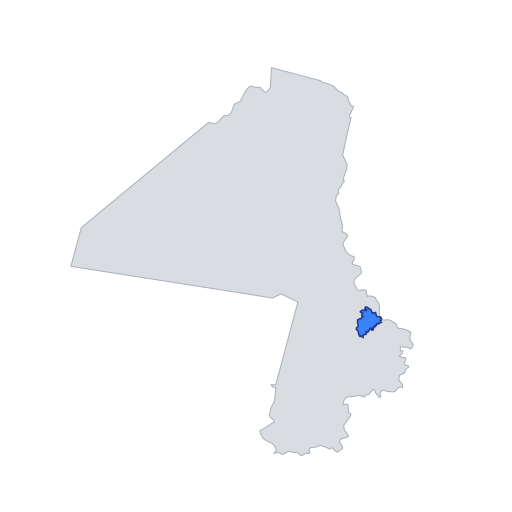 Koutiala, Sikasso, Mali shown in context, rotated 285°
{"feature_id": "8926073B20399394700191", "entity_name": "Koutiala", "entity_type": "district", "adm_level": 2, "iso_a3": "MLI", "parent_name": "Mali", "parent_adm1": "Sikasso", "projection": "mercator", "projection_center": [-5.625, 12.308], "detail": "fine", "context": "in_parent", "style": "filled", "palette": "blue", "viewbox_px": 512, "rotation_deg": 285, "n_neighbors": 0, "source": "geoboundaries", "source_scale": "gbopen_adm2", "svg_char_len": 7294}
<svg xmlns="http://www.w3.org/2000/svg" viewBox="0 0 512 512"><g transform="rotate(285 256 256)"><path d="M90.0,380.1L90.2,378.4L88.7,377.2L88.7,376.6L89.5,371.6L89.4,370.3L90.0,367.7L89.0,366.6L88.8,365.7L86.4,362.4L85.7,359.7L84.5,357.8L81.7,357.3L80.7,358.8L80.1,359.1L79.0,358.0L78.6,357.0L78.7,356.1L75.1,351.7L75.3,349.4L76.6,348.1L77.2,346.1L75.8,343.8L76.0,341.5L75.8,338.4L73.7,335.7L72.3,334.5L71.1,332.6L72.1,328.1L70.0,324.4L73.9,325.9L75.8,324.5L77.6,322.6L79.1,320.1L79.8,316.9L80.1,314.2L81.7,310.0L83.6,308.0L87.5,305.1L88.6,305.3L95.0,311.6L98.6,314.7L100.0,316.4L101.2,316.4L103.0,313.4L104.8,310.7L105.6,310.1L112.1,309.7L115.4,310.2L118.4,311.0L122.7,311.2L133.8,309.2L133.9,308.0L133.8,306.5L134.3,305.4L135.2,304.3L136.0,304.1L136.3,307.7L137.3,308.2L139.9,308.4L222.4,308.4L225.9,289.9L219.8,283.2L198.1,79.9L238.0,79.9L244.9,84.7L372.4,175.3L373.1,178.2L372.9,182.1L373.9,183.3L375.7,184.6L382.9,188.4L383.5,189.2L383.8,190.8L384.6,192.7L386.1,193.8L387.9,194.7L390.1,195.2L396.6,195.8L398.0,196.7L400.8,200.3L402.4,200.9L411.2,202.8L414.1,203.8L417.2,205.4L418.8,206.8L418.8,212.3L420.0,215.9L420.0,216.8L418.6,218.2L418.2,219.3L416.6,222.1L416.9,223.2L420.0,225.4L421.5,226.0L423.3,226.0L441.9,222.3L442.0,273.2L441.3,273.9L440.9,282.9L439.5,288.2L437.1,292.0L435.6,297.8L434.7,299.0L434.0,302.3L432.6,304.2L430.2,305.0L426.0,308.7L425.6,311.6L415.6,310.0L414.9,310.0L414.5,310.4L414.3,312.0L388.5,312.9L375.9,313.6L368.0,320.4L362.8,321.0L356.4,320.4L353.1,320.4L351.8,320.8L351.5,322.0L341.3,318.6L337.5,319.7L336.9,319.3L336.4,318.6L334.5,318.1L331.6,318.3L329.5,318.8L323.0,324.2L319.5,325.5L313.0,328.7L308.4,331.4L306.8,331.9L304.3,332.0L302.2,332.6L300.3,338.7L299.0,339.3L291.3,336.8L289.7,337.2L288.4,337.9L284.0,341.5L281.9,344.4L280.7,348.2L280.9,350.7L280.2,351.4L278.2,351.6L274.6,350.8L273.4,351.1L273.0,353.0L273.0,357.1L272.2,359.9L270.1,360.7L268.5,361.8L267.2,362.2L266.1,361.9L259.8,357.7L257.7,357.1L255.4,357.5L253.1,359.3L249.1,363.6L249.5,365.2L250.6,367.0L251.4,369.2L251.4,371.2L245.7,374.0L247.0,376.1L246.9,381.7L244.2,384.2L243.3,385.9L240.8,387.7L238.5,388.7L231.6,390.2L228.8,392.0L227.5,393.4L227.2,395.0L227.4,396.8L228.8,400.5L228.3,403.8L227.2,407.7L226.2,409.5L222.9,411.5L223.4,414.0L223.7,417.7L223.2,422.4L222.2,425.6L221.4,425.3L218.3,425.5L215.0,426.5L213.8,427.2L213.5,428.3L210.7,430.9L208.8,430.7L207.0,430.1L206.1,429.4L206.0,429.0L207.1,426.9L207.2,426.2L206.1,422.6L206.3,421.7L205.8,418.9L205.6,418.8L201.9,420.0L201.7,420.5L202.3,422.3L201.9,422.6L200.6,422.5L198.7,421.9L196.7,420.3L196.2,420.9L196.0,422.1L195.9,423.6L196.4,426.4L195.8,427.4L192.7,427.2L190.0,427.5L189.4,428.5L189.1,429.6L189.7,430.8L189.6,431.3L188.5,432.1L188.0,432.1L186.6,430.7L180.7,429.4L180.3,427.6L179.6,427.6L177.7,425.3L176.9,425.4L176.3,425.7L174.0,425.6L172.1,427.5L170.6,430.0L169.0,431.1L166.6,431.7L167.0,430.1L166.2,428.0L161.2,425.3L160.4,424.2L159.1,418.2L159.2,416.4L159.5,414.8L159.4,413.6L158.8,412.7L157.3,411.8L155.7,411.3L153.7,412.5L152.7,412.8L151.8,412.7L151.4,412.2L151.4,411.6L153.6,408.4L154.7,407.0L156.8,405.5L157.4,404.7L157.4,404.0L157.2,403.6L155.8,403.0L153.6,401.5L152.4,401.3L151.4,400.6L150.4,398.3L149.9,397.8L148.8,397.6L147.9,397.0L148.0,391.2L145.8,387.0L143.9,381.5L142.9,380.2L141.2,379.1L139.0,378.3L137.1,378.2L135.0,378.8L135.0,379.3L136.2,381.0L136.4,382.0L136.2,382.9L135.8,383.6L132.9,384.2L129.0,386.2L127.8,388.5L126.9,388.8L125.4,388.5L115.1,384.6L110.8,386.3L108.1,389.7L107.4,390.8L106.1,391.8L105.4,391.8L104.6,391.1L101.6,386.0L100.3,384.7L98.7,384.7L97.3,385.5L95.9,387.3L94.1,388.9L92.9,389.4L91.9,389.1L87.7,385.6L87.5,384.9L89.4,380.8L90.0,380.1Z" fill="#d9dde1" stroke="#a8b0b8" stroke-width="1"/><path d="M212.3,384.1L212.5,384.0L212.7,384.3L212.8,384.3L212.9,384.2L213.0,384.0L213.3,384.2L213.5,384.0L213.8,384.2L213.8,384.3L213.7,384.5L213.9,384.7L214.1,384.7L214.3,384.8L214.5,384.9L214.9,385.0L215.0,385.0L215.1,384.9L215.3,385.0L215.5,385.0L215.8,385.3L216.0,385.5L215.9,385.6L216.1,385.6L216.3,385.6L216.2,386.0L216.1,385.9L215.7,386.0L215.6,386.4L215.4,386.4L215.3,386.5L215.5,386.7L215.5,386.8L215.4,386.8L215.2,386.8L215.1,386.6L214.8,386.6L214.5,386.8L214.4,387.0L214.5,387.3L214.4,387.4L214.5,387.5L214.9,387.8L215.0,388.0L214.9,388.2L215.2,388.4L215.7,388.2L216.0,388.3L216.2,388.2L216.4,388.2L216.5,388.2L216.9,388.2L217.1,388.2L217.5,388.3L217.6,388.2L217.9,387.9L218.1,387.9L218.0,388.1L218.1,388.4L218.2,388.6L218.3,388.9L218.3,389.1L218.6,389.0L218.9,388.9L219.0,389.0L219.1,389.3L219.2,389.5L219.5,389.7L219.5,389.4L219.6,389.2L219.8,389.3L220.0,389.6L220.0,389.8L219.9,389.9L219.8,390.0L219.7,390.0L219.8,390.1L220.0,390.1L220.3,390.0L220.5,390.1L220.5,389.8L220.5,389.7L221.1,389.9L221.1,390.0L221.4,390.1L221.5,390.1L221.6,390.3L222.1,390.6L222.2,390.8L222.0,391.0L222.3,391.1L222.5,391.2L222.6,391.4L222.6,391.6L222.4,391.8L222.5,392.0L222.4,392.0L222.4,392.3L222.6,392.3L222.6,392.2L222.8,392.2L223.0,392.3L223.1,392.5L223.3,392.8L223.7,392.9L223.8,392.9L223.9,393.0L223.9,393.3L224.0,393.6L224.0,393.8L224.1,394.0L224.2,393.8L224.3,393.7L224.7,393.5L224.9,393.5L225.1,393.4L225.3,393.3L225.4,393.2L225.4,393.3L225.5,393.4L225.7,393.5L225.8,393.5L226.0,393.7L226.3,393.6L226.6,393.3L226.7,393.2L226.8,393.1L226.7,393.2L226.8,393.3L227.0,393.3L227.3,393.2L227.5,393.0L227.7,393.3L227.8,393.3L228.0,393.3L228.3,393.3L228.4,393.2L228.5,393.1L228.4,392.9L228.5,392.9L228.5,392.7L228.8,392.6L229.0,392.5L229.1,392.4L229.3,392.2L229.2,391.9L229.0,388.7L229.5,387.6L230.2,387.4L231.7,386.5L232.4,386.1L232.1,385.5L231.7,385.1L231.5,384.4L230.8,384.2L231.1,383.7L231.4,383.1L231.5,382.6L232.6,381.9L233.6,381.2L234.1,380.5L234.1,379.8L235.2,377.0L235.3,375.8L235.0,374.9L233.3,374.9L233.1,374.9L232.9,375.0L232.9,375.3L233.0,376.1L232.8,376.6L232.4,376.8L232.0,376.9L231.8,376.7L231.7,376.3L231.7,375.6L231.5,375.0L231.4,374.3L231.5,374.2L231.5,373.9L231.4,373.7L231.4,373.4L231.3,373.0L231.2,372.8L231.0,372.5L230.7,372.2L230.3,372.0L230.2,371.9L230.1,371.6L229.7,371.5L229.6,371.3L229.4,371.2L229.1,371.2L228.9,371.3L228.9,371.5L228.7,371.8L228.6,372.1L228.4,372.3L228.3,372.7L228.3,372.9L228.4,373.0L228.5,373.2L228.3,373.5L228.2,373.7L228.2,373.8L225.9,373.4L225.4,375.0L225.3,374.9L225.3,374.7L224.4,374.6L224.1,374.0L223.5,373.9L222.9,373.9L222.5,373.4L222.3,372.5L221.9,372.0L221.2,371.6L220.8,370.8L220.2,370.7L218.4,371.2L217.4,371.5L217.2,371.5L216.4,372.2L215.2,372.7L213.9,372.6L213.1,372.3L212.9,371.8L212.1,371.7L211.1,371.9L210.3,373.6L210.0,374.0L206.7,375.6L205.6,376.8L205.7,377.1L205.9,377.2L206.0,377.4L205.8,377.6L205.9,377.8L205.7,378.1L205.4,377.9L205.5,378.3L205.4,378.6L205.5,378.7L205.9,379.1L206.2,379.4L206.1,379.6L205.9,379.8L205.6,379.8L205.4,379.9L205.5,380.2L205.4,380.4L205.6,380.3L205.8,380.3L206.0,380.2L206.3,380.2L206.5,380.1L206.9,380.2L207.2,380.3L207.6,380.3L207.9,380.5L208.0,380.6L208.0,380.9L208.2,381.0L208.3,381.2L208.5,381.6L208.5,381.8L208.6,382.0L208.6,382.3L208.8,382.4L209.4,382.4L209.5,382.5L209.6,382.8L209.8,382.8L209.9,382.7L210.0,382.6L210.3,382.7L210.5,382.7L210.5,382.2L210.8,382.0L211.0,381.9L211.3,381.9L211.3,382.1L211.5,382.2L211.7,382.5L211.8,382.8L211.9,383.0L211.7,382.9L211.5,383.0L211.7,383.4L211.6,383.6L211.9,384.1L212.1,384.2L212.3,384.1Z" fill="#3b82f6" stroke="#1e3a8a" stroke-width="1.5"/></g></svg>